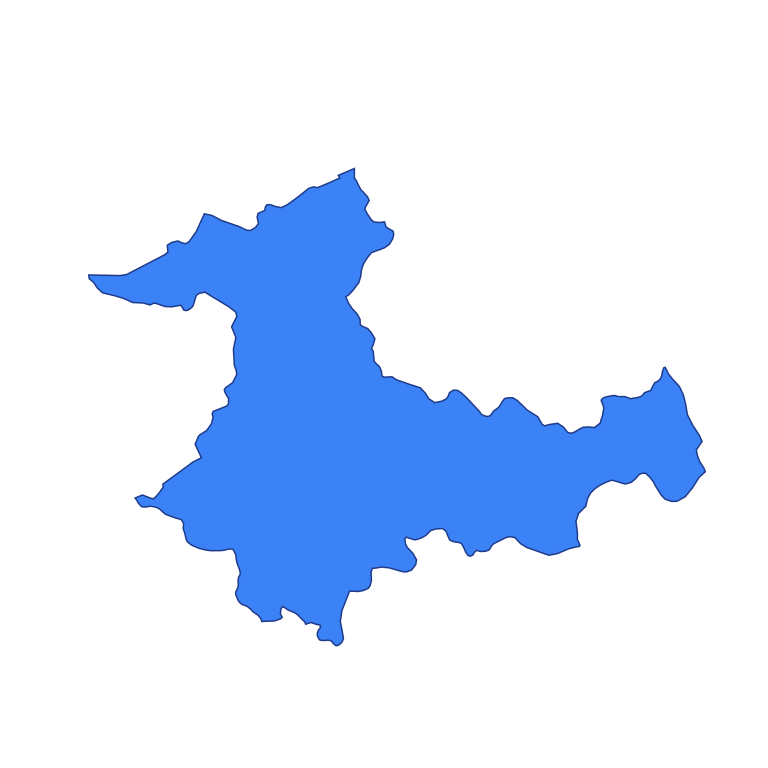 the district of Las Cañas, Cerro Largo, Uruguay, rotated 158°
{"feature_id": "84410073B95825273384383", "entity_name": "Las Cañas", "entity_type": "district", "adm_level": 2, "iso_a3": "URY", "parent_name": "Uruguay", "parent_adm1": "Cerro Largo", "projection": "mercator", "projection_center": [-53.783, -32.451], "detail": "fine", "context": "isolated", "style": "filled", "palette": "blue", "viewbox_px": 768, "rotation_deg": 158, "n_neighbors": 0, "source": "geoboundaries", "source_scale": "gbopen_adm2", "svg_char_len": 5763}
<svg xmlns="http://www.w3.org/2000/svg" viewBox="0 0 768 768"><g transform="rotate(158 384 384)"><path d="M657.5,371.5L656.7,368.7L656.5,365.9L656.4,365.5L655.5,363.1L654.7,361.0L653.5,360.3L651.5,359.4L649.3,358.8L647.4,358.5L645.5,357.7L643.3,356.4L640.8,354.4L638.9,352.2L636.9,347.9L635.2,344.9L629.1,339.3L626.3,336.9L624.2,335.4L622.7,334.0L622.3,331.8L622.3,329.2L623.1,327.5L623.8,326.5L624.3,325.2L624.8,319.2L625.6,314.4L625.4,311.4L624.4,309.5L623.5,307.7L621.4,305.2L617.0,300.9L611.8,297.1L607.0,294.3L602.4,292.5L598.2,290.8L594.6,289.8L591.7,289.4L589.5,289.0L587.4,288.3L586.4,287.6L585.8,286.7L585.5,282.7L585.5,280.4L586.2,278.6L586.8,276.1L587.2,273.7L587.4,271.0L587.4,269.4L587.4,267.4L587.8,264.1L588.1,262.4L589.3,260.8L591.4,259.1L592.3,257.6L593.4,255.3L594.0,253.0L595.2,250.8L597.0,248.7L598.8,247.3L599.7,246.3L600.4,243.8L600.3,238.1L599.5,234.9L598.0,232.6L596.4,231.1L594.6,229.7L593.3,227.5L592.1,225.4L591.2,223.1L590.8,221.8L589.5,219.9L587.7,217.2L586.7,214.8L586.1,212.2L586.3,209.6L579.7,207.3L574.1,205.3L568.0,205.0L565.8,205.8L566.2,209.9L563.5,214.3L561.3,215.6L559.7,213.6L557.5,210.3L552.7,205.7L550.7,202.7L548.8,198.1L546.6,193.1L546.6,190.6L541.0,190.2L536.9,186.6L533.6,184.6L534.1,182.1L537.1,180.2L538.8,178.6L539.9,176.3L540.1,174.3L539.7,171.1L538.5,170.0L536.0,168.8L532.5,167.6L529.9,166.4L528.8,164.7L528.4,162.8L527.1,160.1L526.5,159.3L523.9,158.9L520.8,159.8L518.7,161.3L516.9,163.3L515.0,172.1L513.5,180.1L507.9,189.7L493.6,204.8L490.5,203.6L485.7,201.3L480.7,200.3L475.3,200.4L472.5,202.1L469.2,206.7L466.3,214.7L463.8,217.5L460.9,216.5L454.6,215.1L448.1,211.6L436.6,202.7L433.5,201.3L428.1,201.2L422.2,204.7L419.7,208.8L420.7,216.5L423.5,223.3L424.0,227.6L422.7,232.7L420.6,233.6L418.1,231.3L413.9,228.0L411.3,227.5L406.8,227.3L401.6,228.0L395.8,230.6L390.8,230.3L383.7,228.0L381.7,224.2L381.7,219.4L381.5,214.6L378.4,211.6L373.8,208.9L371.9,207.1L371.4,203.0L371.2,197.5L370.4,193.7L368.7,192.1L365.6,192.2L363.0,194.2L360.4,195.0L357.5,192.7L355.2,191.8L352.0,190.8L348.7,190.8L346.3,192.4L344.6,193.9L342.3,194.8L337.2,195.3L334.0,195.5L328.2,195.9L326.0,195.6L323.8,194.9L320.2,192.6L317.1,184.7L312.8,178.9L295.4,163.5L286.8,161.8L274.7,162.0L268.0,161.2L263.6,160.2L262.7,161.1L262.9,167.8L260.8,172.4L259.3,177.7L257.4,185.0L254.3,188.4L252.4,190.9L246.7,193.4L242.6,195.1L238.1,201.6L233.2,205.6L228.3,207.7L222.0,209.2L215.5,209.7L209.1,209.6L205.5,207.1L201.3,203.6L197.5,200.8L191.4,200.2L186.2,202.0L181.2,204.5L178.5,204.6L174.9,203.3L172.5,198.1L170.9,192.6L170.2,186.1L168.6,177.2L166.6,172.0L161.5,167.5L156.4,165.5L147.0,166.6L137.0,172.1L126.7,179.5L118.9,182.3L118.9,186.2L120.4,194.2L120.2,200.7L119.1,205.9L110.6,211.6L110.9,218.3L113.2,230.2L114.2,241.8L111.9,252.3L110.5,262.0L111.1,271.2L114.7,280.8L116.5,286.8L117.0,294.1L118.6,294.2L121.5,290.8L123.3,287.7L125.7,285.5L127.0,284.7L129.9,283.9L132.5,283.8L137.4,279.7L138.6,278.3L140.3,278.1L143.1,278.3L145.7,278.3L148.0,277.0L149.5,276.3L151.8,276.2L154.9,276.7L156.0,276.9L160.8,278.0L165.6,282.2L170.8,284.2L174.9,287.2L180.0,288.3L183.3,288.9L185.8,288.9L188.0,288.3L188.8,287.3L188.8,284.4L188.9,281.5L189.3,279.2L191.4,275.9L193.6,272.3L195.8,269.9L198.3,266.7L205.3,264.8L209.8,267.3L215.8,269.3L219.7,268.9L224.5,268.2L226.8,268.0L229.1,268.3L231.8,270.3L233.8,276.9L237.6,282.5L246.0,284.5L250.6,285.0L252.5,287.3L253.7,296.0L260.9,306.0L266.4,318.5L269.7,322.9L274.0,324.7L277.7,325.3L280.9,323.4L284.3,320.7L286.6,319.4L293.1,317.6L296.3,315.3L298.6,314.8L300.8,315.4L302.5,316.7L304.4,318.5L305.4,320.3L305.6,322.3L310.0,333.7L312.7,340.6L315.5,346.6L318.1,350.5L321.8,352.3L326.4,351.5L329.7,348.1L332.2,346.8L336.9,346.4L344.1,347.8L348.0,353.6L349.2,360.4L351.7,366.8L361.6,375.1L370.8,383.2L373.9,387.7L378.9,389.4L381.4,390.4L382.8,392.2L381.6,397.0L381.7,401.9L383.5,405.6L384.6,408.7L381.7,418.5L382.3,421.5L378.8,425.0L375.5,429.3L376.5,436.1L378.3,441.5L382.3,445.4L383.8,447.9L382.0,452.9L382.6,458.6L385.4,466.3L386.7,473.0L386.7,479.3L383.7,479.7L377.6,482.5L369.4,487.4L365.3,492.5L361.6,499.1L357.5,503.5L352.0,507.4L346.6,510.5L332.7,510.1L326.6,511.5L321.8,515.2L319.0,518.9L318.3,522.3L320.6,525.2L323.3,528.8L322.8,534.1L327.8,535.5L332.5,537.9L334.2,540.8L335.7,547.7L336.3,553.3L334.5,555.3L329.0,559.7L329.2,563.8L331.1,569.1L332.7,572.9L333.4,580.3L333.7,584.4L334.4,585.9L332.3,591.0L330.7,594.9L348.2,594.6L347.9,591.5L349.5,591.5L359.0,591.1L372.2,591.0L375.5,593.2L380.4,593.6L395.7,589.1L406.7,586.4L413.2,586.0L418.4,589.4L421.9,592.7L425.3,594.1L427.5,592.7L429.6,589.6L432.8,589.4L436.8,589.4L439.2,586.1L440.3,579.8L444.7,577.2L450.6,576.4L454.0,578.3L458.9,583.8L473.8,596.9L480.2,604.6L486.8,609.1L500.9,595.7L511.2,589.1L515.3,588.3L518.9,590.9L521.4,593.8L528.0,594.8L533.0,593.8L534.9,587.3L538.8,586.0L581.8,581.9L588.1,583.4L616.9,595.7L617.9,592.0L615.2,587.0L613.9,580.6L610.9,574.1L606.0,570.5L600.7,566.8L593.3,560.8L586.5,553.7L576.9,549.3L571.2,544.9L567.2,545.2L565.1,544.1L558.1,537.9L551.9,535.1L545.7,533.7L543.0,533.3L542.4,530.8L541.8,527.4L540.0,526.2L537.6,526.0L535.6,526.4L533.3,527.1L531.7,528.1L529.9,530.2L524.9,536.5L521.3,537.3L517.7,536.5L515.8,536.5L513.4,533.1L498.8,513.6L494.5,506.1L495.1,501.8L499.3,498.2L503.9,494.1L503.9,483.0L505.3,480.5L510.5,472.8L512.2,467.9L513.9,462.7L515.8,457.4L515.9,452.0L517.0,447.9L520.2,445.2L523.8,442.0L528.5,440.8L532.3,439.9L534.2,438.5L534.6,436.5L534.2,432.6L533.5,428.8L534.6,426.3L535.6,423.9L537.9,422.5L543.0,422.5L552.6,422.6L554.6,420.6L554.9,417.2L558.8,411.9L565.8,407.3L574.1,405.8L576.1,404.6L581.7,398.9L581.0,386.2L581.3,384.0L590.6,383.2L594.6,382.1L626.5,374.0L627.4,371.0L634.7,366.4L640.5,363.9L643.1,365.5L649.6,371.6L657.5,371.5Z" fill="#3b82f6" stroke="#1e3a8a" stroke-width="1.5"/></g></svg>